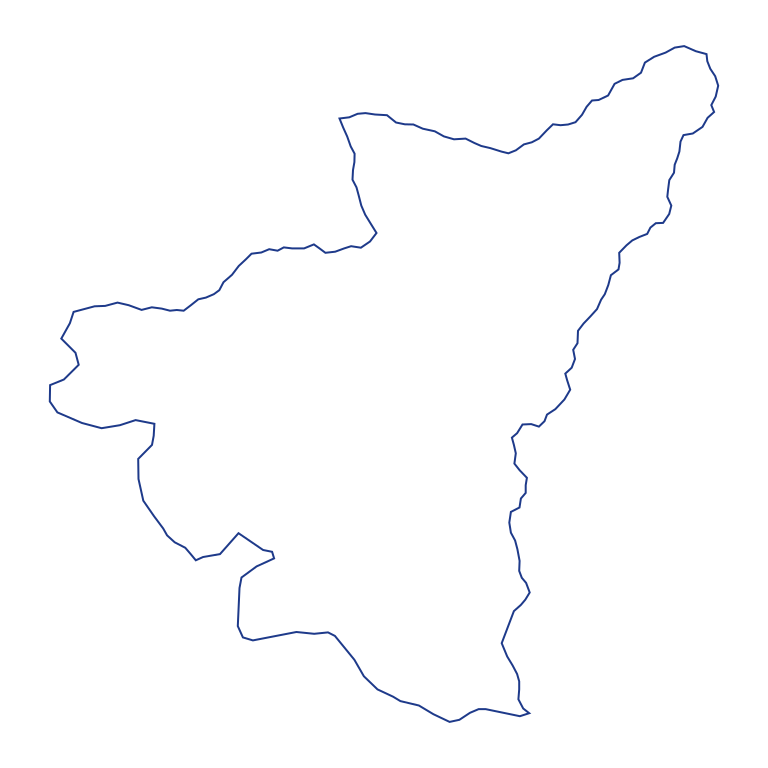 São Sebastião do Umbuzeiro, Paraíba, Brazil
{"feature_id": "56859067B31063935588201", "entity_name": "São Sebastião do Umbuzeiro", "entity_type": "district", "adm_level": 2, "iso_a3": "BRA", "parent_name": "Brazil", "parent_adm1": "Paraíba", "projection": "orthographic", "projection_center": [-36.999, -8.158], "detail": "fine", "context": "isolated", "style": "outline", "palette": "blue", "viewbox_px": 768, "rotation_deg": 0, "n_neighbors": 0, "source": "geoboundaries", "source_scale": "gbopen_adm2", "svg_char_len": 2895}
<svg xmlns="http://www.w3.org/2000/svg" viewBox="0 0 768 768"><path d="M592.0,100.5L586.6,106.8L582.0,114.8L575.5,122.2L568.1,124.5L560.6,125.2L553.0,124.3L546.8,130.3L538.9,138.6L531.8,142.3L523.9,144.4L515.9,150.3L508.4,153.3L501.5,151.6L490.3,148.1L481.3,146.0L474.4,143.0L465.6,138.6L454.0,139.3L443.9,136.4L434.8,131.3L422.8,128.7L413.4,124.5L404.8,124.3L396.0,122.5L387.0,115.2L375.0,114.5L365.5,113.1L357.6,113.8L349.3,117.3L339.5,118.5L343.2,127.6L347.2,136.5L350.7,146.4L354.6,153.7L354.4,162.1L353.0,170.1L352.5,179.7L356.5,187.4L358.7,195.5L361.3,205.6L365.2,214.7L371.3,224.6L376.5,233.0L370.0,241.5L360.9,247.7L351.1,246.2L344.2,248.4L335.2,251.7L325.4,252.8L319.5,248.4L313.9,244.4L304.1,248.4L292.1,248.4L283.8,247.4L277.6,250.7L269.2,249.2L261.3,252.5L251.5,253.7L246.1,259.1L238.8,265.9L232.0,274.8L223.5,282.2L219.3,290.2L213.8,294.2L205.9,297.6L198.3,299.3L190.9,305.2L183.7,310.7L176.8,310.0L170.0,310.7L161.7,308.6L151.8,307.3L141.6,309.9L128.7,305.2L117.5,302.6L105.2,305.9L94.6,306.3L73.6,311.9L69.9,323.2L61.3,338.6L75.5,352.8L78.7,364.8L63.9,379.5L50.1,385.1L49.8,401.5L57.4,412.4L82.0,423.0L101.6,428.2L119.9,425.2L135.6,420.1L154.4,423.8L153.7,435.8L152.0,444.9L138.2,458.9L138.5,479.0L143.3,500.7L154.1,516.3L163.2,528.5L167.1,535.4L174.7,542.3L185.3,547.8L190.7,554.1L195.8,560.3L203.1,557.0L220.0,554.1L238.5,533.2L263.1,550.0L272.1,551.8L274.1,558.4L256.6,566.4L241.5,577.5L239.5,588.0L237.8,626.1L242.9,637.4L252.9,640.4L296.4,632.0L314.2,633.8L328.0,632.4L334.9,635.9L354.4,659.8L363.9,676.3L377.5,689.4L393.1,696.7L400.4,701.1L418.9,705.5L433.4,714.2L449.6,721.9L459.4,719.8L470.0,712.8L478.7,709.1L485.5,709.1L519.9,716.2L529.2,713.2L523.2,708.5L518.4,699.3L519.2,689.4L519.2,681.4L517.1,674.0L512.7,665.6L507.2,656.5L501.7,643.2L513.9,611.1L520.9,604.9L525.3,599.7L529.7,592.5L526.1,582.9L521.8,577.8L519.2,570.9L519.6,560.9L517.4,549.2L515.1,540.5L510.9,532.7L509.3,522.6L510.9,511.9L519.5,507.5L520.9,498.5L525.7,492.9L525.7,485.2L526.9,477.8L519.7,470.3L514.4,463.6L515.8,453.3L513.9,444.9L511.9,437.6L517.1,433.2L522.5,424.5L531.2,424.1L538.9,426.6L544.5,421.2L547.0,414.6L555.4,409.1L564.4,399.5L570.2,389.7L567.1,380.1L565.3,373.6L571.7,367.7L575.0,359.0L573.2,349.8L577.5,343.2L578.0,330.8L583.6,323.5L590.2,316.6L597.0,309.1L601.1,299.7L604.8,294.2L608.3,285.0L610.9,275.2L618.5,269.4L619.6,262.8L619.2,252.8L626.5,245.3L632.3,240.4L639.5,236.9L647.2,233.9L650.4,227.6L655.8,223.2L663.1,222.9L669.2,214.0L671.3,205.6L667.3,196.8L668.1,189.5L669.3,180.1L674.0,172.7L674.7,164.7L677.2,158.4L679.4,151.5L680.5,141.6L683.5,135.1L692.8,133.5L702.5,126.9L707.6,117.8L714.1,112.0L711.3,105.1L715.7,96.6L718.2,85.7L715.2,76.2L710.3,68.8L707.3,61.2L706.5,54.1L695.8,51.2L684.2,46.1L674.7,47.6L665.6,52.6L654.1,56.8L644.9,62.6L641.0,72.7L633.1,78.3L622.5,79.9L614.6,83.8L608.1,95.5L598.6,100.0L592.0,100.5Z" fill="none" stroke="#1e3a8a" stroke-width="2"/></svg>